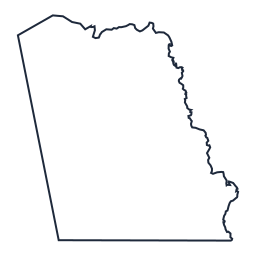 Tyler, Texas, United States of America (Mercator projection)
{"feature_id": "52423323B76755657103328", "entity_name": "Tyler", "entity_type": "district", "adm_level": 2, "iso_a3": "USA", "parent_name": "United States of America", "parent_adm1": "Texas", "projection": "mercator", "projection_center": [-94.213, 30.792], "detail": "fine", "context": "isolated", "style": "outline", "palette": "slate", "viewbox_px": 256, "rotation_deg": 0, "n_neighbors": 0, "source": "geoboundaries", "source_scale": "gbopen_adm2", "svg_char_len": 2378}
<svg xmlns="http://www.w3.org/2000/svg" viewBox="0 0 256 256"><path d="M52.8,15.4L17.9,35.3L58.7,240.2L230.8,240.6L231.8,240.0L232.2,238.8L230.4,237.2L230.5,233.5L228.4,231.7L227.0,232.0L225.6,229.3L225.2,227.3L224.0,224.8L223.4,222.3L224.3,222.3L224.7,221.2L223.2,219.7L224.1,215.9L225.4,213.8L225.8,211.4L227.5,210.5L228.6,206.1L229.6,203.2L230.8,201.3L233.0,200.6L235.7,198.3L237.0,197.3L237.3,196.5L237.3,194.8L238.1,191.8L236.6,190.6L236.4,191.1L236.2,191.2L236.6,189.2L237.5,188.8L236.9,187.5L235.2,185.6L233.2,183.0L230.6,182.0L228.9,181.5L228.6,182.3L229.3,183.7L230.0,185.0L228.9,184.9L227.1,184.8L226.6,185.2L226.3,183.3L226.7,180.6L223.9,176.2L223.7,174.3L223.2,172.1L221.5,171.9L217.2,172.3L213.0,173.8L211.1,172.9L211.9,171.1L212.0,168.7L210.6,165.4L208.4,162.7L208.1,160.0L209.3,157.8L207.0,153.1L209.3,149.2L210.2,147.3L209.4,145.3L208.5,145.6L206.9,145.0L206.7,142.6L208.3,140.8L207.3,137.9L206.2,137.3L205.4,135.7L206.0,134.9L205.6,132.7L203.6,130.3L199.6,129.4L195.6,127.8L192.2,127.4L191.3,125.7L191.0,123.9L191.8,121.1L191.3,120.6L189.8,118.2L188.7,117.9L188.4,116.0L190.8,115.3L191.3,114.5L191.5,112.3L190.3,112.1L190.3,110.4L191.0,109.9L189.1,109.5L187.2,107.9L187.2,106.4L184.9,102.4L185.2,100.3L184.8,99.0L186.6,98.0L186.1,95.8L186.2,94.4L185.3,94.0L185.6,93.0L186.3,92.6L185.5,90.6L184.2,90.0L182.8,88.8L183.3,87.2L183.2,85.2L181.3,83.8L179.5,82.7L178.8,80.9L179.1,79.6L180.6,78.3L181.1,78.6L181.9,77.4L182.5,75.9L181.8,72.8L183.2,71.2L183.1,70.3L182.2,70.1L181.9,68.6L182.5,67.7L181.7,67.2L180.0,67.2L178.2,68.1L176.5,67.6L176.4,66.3L176.2,64.1L176.0,62.8L175.4,64.6L175.0,65.7L173.9,64.9L173.4,63.7L173.2,62.4L173.8,62.0L173.4,60.9L172.7,61.0L172.2,60.0L173.0,59.0L173.4,57.8L171.5,57.4L168.7,56.0L168.9,53.3L169.9,51.7L168.6,48.7L168.7,45.1L169.1,44.4L169.7,44.2L170.1,45.6L171.2,46.0L172.2,45.4L171.4,41.8L169.4,37.4L168.1,35.4L163.9,32.5L158.8,32.2L155.9,32.9L152.9,28.6L153.5,26.2L153.2,23.6L151.8,22.9L149.6,22.6L148.4,25.7L142.4,30.4L139.9,31.4L136.9,29.8L135.2,28.1L134.4,25.1L132.2,24.3L129.7,24.1L128.1,25.1L125.9,26.2L121.2,27.2L119.0,27.1L116.7,28.6L113.8,28.1L111.7,29.7L106.3,29.3L101.8,32.1L100.6,33.9L99.6,34.8L99.8,34.7L99.7,35.6L98.8,37.6L95.5,38.1L92.9,36.8L93.4,35.1L94.9,30.3L94.5,26.3L92.9,27.0L91.1,27.1L90.4,26.8L90.6,26.2L85.2,29.3L80.3,23.7L72.0,22.0L63.0,16.3L52.8,15.4Z" fill="none" stroke="#1e293b" stroke-width="2"/></svg>